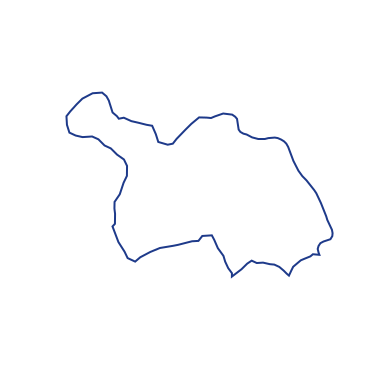 the district of Songwon, Chagang-do, North Korea, rotated 205°
{"feature_id": "82179303B48656719864416", "entity_name": "Songwon", "entity_type": "district", "adm_level": 2, "iso_a3": "PRK", "parent_name": "North Korea", "parent_adm1": "Chagang-do", "projection": "orthographic", "projection_center": [125.927, 40.373], "detail": "fine", "context": "isolated", "style": "outline", "palette": "blue", "viewbox_px": 384, "rotation_deg": 205, "n_neighbors": 0, "source": "geoboundaries", "source_scale": "gbopen_adm2", "svg_char_len": 1657}
<svg xmlns="http://www.w3.org/2000/svg" viewBox="0 0 384 384"><g transform="rotate(205 192 192)"><path d="M285.2,230.5L289.3,227.5L292.1,229.0L297.6,230.5L303.1,236.5L304.5,238.0L305.9,239.6L310.0,242.6L315.5,244.1L323.8,239.5L330.8,230.3L333.6,222.7L336.4,213.6L337.8,207.6L333.7,200.0L328.2,194.0L321.3,194.0L314.4,195.5L306.0,200.1L299.1,200.2L290.9,197.2L284.0,197.2L275.7,194.2L267.4,192.7L261.9,188.2L257.8,179.1L257.9,171.5L256.5,159.4L258.0,150.3L255.3,144.2L252.5,139.7L248.4,130.6L249.5,127.2L237.5,115.5L227.9,109.4L222.4,104.9L214.1,104.9L211.3,111.0L204.4,120.1L197.4,127.7L186.3,135.3L182.2,138.3L176.6,142.9L171.1,147.4L165.5,150.4L164.1,156.5L155.7,161.1L151.6,158.0L144.8,152.0L136.5,147.4L132.5,142.9L127.0,138.3L121.5,135.3L120.1,132.2L114.5,142.9L111.7,150.4L108.9,155.0L103.3,155.0L97.8,158.0L90.9,159.5L86.7,161.0L81.2,161.0L75.7,159.5L71.6,158.0L68.8,157.2L68.8,159.5L68.8,162.5L68.7,167.0L65.9,173.1L64.5,176.1L61.7,179.2L57.5,183.7L56.1,186.7L50.0,188.9L51.8,190.7L54.0,193.5L54.5,196.6L54.0,199.9L51.9,202.7L46.6,207.7L46.2,211.3L47.2,214.1L49.2,216.9L57.6,223.9L60.1,226.7L70.4,236.4L78.8,243.4L82.1,245.4L84.3,246.5L93.1,250.9L98.7,253.0L104.6,256.3L113.2,263.0L123.9,273.5L127.0,275.7L130.0,276.8L133.4,277.2L137.1,277.1L140.0,276.3L145.6,273.1L148.4,270.8L154.5,268.0L160.6,266.9L166.8,267.2L170.1,266.6L173.6,266.9L176.1,268.3L182.1,277.3L184.7,278.5L188.3,279.1L196.9,276.3L203.2,270.2L206.0,267.1L210.2,265.6L217.1,262.6L221.4,253.5L224.2,245.9L228.4,233.7L229.8,227.7L234.0,224.6L243.7,223.1L249.2,229.1L256.1,235.2L261.6,233.7L269.9,232.1L276.9,230.6L285.2,230.5Z" fill="none" stroke="#1e3a8a" stroke-width="2"/></g></svg>